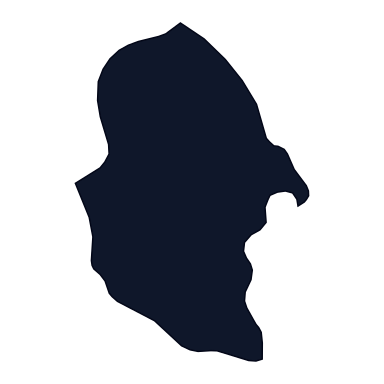 the Province of Phú Thọ
{"feature_id": "VNM-469", "entity_name": "Phú Thọ", "entity_type": "Province", "adm_level": 1, "iso_a3": "VNM", "parent_name": "Vietnam", "parent_adm1": "", "projection": "robinson", "projection_center": [105.192, 21.309], "detail": "fine", "context": "isolated", "style": "filled", "palette": "ink", "viewbox_px": 384, "rotation_deg": 0, "n_neighbors": 0, "source": "natural_earth", "source_scale": "10m", "svg_char_len": 1060}
<svg xmlns="http://www.w3.org/2000/svg" viewBox="0 0 384 384"><path d="M256.5,104.3L266.3,138.3L269.4,141.8L273.9,145.9L278.0,146.3L284.2,149.4L287.4,154.0L294.2,169.5L306.3,185.7L308.4,190.9L308.6,195.8L306.3,199.6L304.3,202.0L300.6,204.4L298.0,206.0L296.9,199.3L292.6,192.9L285.4,191.0L277.4,192.1L270.0,195.3L268.1,199.3L266.0,204.6L265.0,207.3L266.1,222.4L260.0,229.8L251.2,234.7L244.5,242.4L243.5,251.3L246.4,258.0L250.4,263.9L252.3,270.1L251.0,279.7L245.2,292.0L244.5,301.1L246.8,308.0L253.1,319.3L256.0,324.4L258.7,327.6L261.2,332.3L262.3,343.0L262.2,359.1L256.0,361.0L248.7,360.5L217.1,350.8L210.9,350.6L198.0,351.4L190.1,349.8L181.6,345.8L154.5,320.7L117.5,301.4L112.2,296.7L109.3,293.3L105.1,281.0L100.1,274.4L93.8,268.9L92.1,265.4L91.4,260.6L92.9,236.9L89.2,217.3L75.4,183.3L100.1,167.9L104.8,162.1L109.1,154.0L108.6,144.4L100.3,116.7L97.6,100.5L98.3,81.6L103.1,69.2L110.1,58.7L119.2,50.3L128.4,45.2L138.4,41.5L158.6,36.5L165.7,33.9L180.4,23.0L204.1,38.9L225.3,59.5L242.2,80.6L256.5,104.3Z" fill="#0f172a" stroke="#020617" stroke-width="1.5"/></svg>